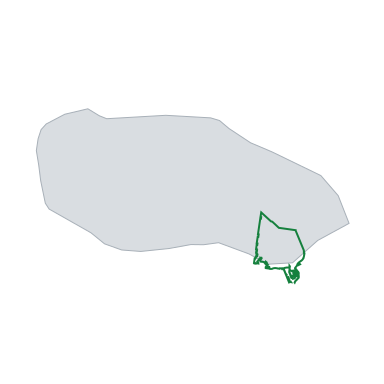 75, Al Khawr, Qatar (highlighted), rotated 98°
{"feature_id": "91078587B7321304158437", "entity_name": "75", "entity_type": "district", "adm_level": 2, "iso_a3": "QAT", "parent_name": "Qatar", "parent_adm1": "Al Khawr", "projection": "natural_earth1", "projection_center": [51.575, 25.836], "detail": "fine", "context": "in_parent", "style": "outline", "palette": "green", "viewbox_px": 384, "rotation_deg": 98, "n_neighbors": 0, "source": "geoboundaries", "source_scale": "gbopen_adm2", "svg_char_len": 5437}
<svg xmlns="http://www.w3.org/2000/svg" viewBox="0 0 384 384"><g transform="rotate(98 192 192)"><path d="M201.9,343.4L186.8,347.5L172.6,351.9L160.7,351.8L151.2,350.1L144.9,345.8L132.7,328.8L124.1,306.7L129.4,294.4L131.3,286.7L119.7,228.6L116.0,183.9L117.4,174.7L124.0,164.2L135.1,140.9L141.1,118.5L157.8,66.7L175.3,46.7L201.2,32.1L222.4,60.7L248.1,82.6L253.0,107.0L245.4,126.9L238.5,158.6L242.6,173.2L244.2,185.8L251.2,207.0L258.0,234.5L259.2,253.6L255.5,271.4L246.5,286.3L228.8,331.1L223.5,335.7L201.9,343.4Z" fill="#d9dde1" stroke="#a8b0b8" stroke-width="1"/><path d="M202.6,120.6L207.3,120.7L207.3,120.0L208.8,120.0L208.8,120.7L224.7,120.8L224.7,120.1L227.2,120.1L227.2,120.7L233.9,120.8L233.9,120.0L235.3,120.0L235.3,120.6L239.6,120.6L239.6,120.0L240.3,120.0L240.4,119.5L241.5,119.5L241.5,120.1L243.3,120.1L243.4,119.5L244.4,119.5L244.4,119.0L244.9,119.0L244.9,118.5L246.4,118.5L246.4,119.2L246.8,119.2L246.8,119.6L248.1,119.6L248.1,120.1L249.2,120.1L249.2,120.7L253.7,120.7L253.7,120.0L254.1,120.0L254.1,119.0L253.6,119.0L253.6,116.4L253.3,116.5L253.1,116.4L252.9,116.5L252.6,116.9L252.6,117.5L252.6,117.9L252.7,118.1L252.2,117.5L251.7,117.4L251.6,117.5L251.3,117.1L250.7,117.0L250.0,116.6L249.4,116.5L249.2,116.2L248.9,115.5L249.0,115.4L249.1,115.6L249.2,115.4L248.9,115.4L247.7,115.3L247.8,115.1L247.6,114.9L247.5,114.6L247.4,114.0L247.4,113.9L247.4,113.6L247.2,113.3L247.5,113.6L247.5,113.2L247.5,113.5L247.7,113.9L248.4,114.0L248.9,114.3L249.0,114.5L248.9,114.8L249.4,115.0L250.4,115.0L251.3,114.6L251.4,114.4L251.2,113.9L251.3,113.6L251.4,113.2L251.4,112.8L251.3,112.6L251.2,112.3L251.4,110.9L251.6,110.6L251.9,110.4L251.9,110.0L252.0,110.0L252.2,109.7L252.3,109.7L252.4,109.4L252.6,109.4L252.7,109.2L252.9,109.2L253.0,108.7L252.9,108.5L252.3,108.3L252.1,108.3L252.2,108.5L251.9,108.6L252.0,108.5L252.0,108.3L251.9,108.4L251.9,108.7L251.7,108.7L251.6,109.3L251.5,109.5L251.2,109.6L251.1,109.4L250.8,109.3L251.0,109.1L251.0,108.8L251.2,108.5L251.5,108.2L252.1,107.9L252.9,108.0L253.0,107.9L253.4,108.1L253.7,107.9L253.8,108.2L254.2,107.8L254.2,107.6L254.4,107.7L254.3,107.3L254.5,107.4L254.7,107.0L254.8,107.0L254.9,106.9L255.0,106.8L254.9,107.0L255.1,107.0L255.1,106.7L255.4,105.1L255.6,105.0L256.2,104.8L256.3,104.9L256.3,105.2L256.5,105.1L256.5,104.9L256.6,105.1L256.9,105.0L256.9,105.5L256.8,106.3L256.7,106.3L256.7,106.6L256.8,106.6L256.8,107.0L256.9,107.3L256.8,107.5L256.6,108.5L256.8,108.5L256.9,107.9L257.1,107.9L257.1,104.9L257.3,104.3L257.2,102.9L256.9,101.9L256.5,101.4L256.0,100.2L255.7,98.9L255.7,97.0L255.8,96.7L255.8,96.2L255.7,95.5L255.7,95.4L255.4,94.7L255.5,94.5L255.4,94.1L255.5,94.1L255.2,93.5L255.2,93.0L255.3,92.6L255.7,92.5L255.8,92.7L255.8,92.4L255.9,92.7L255.9,92.4L255.2,92.5L255.1,91.9L255.3,91.9L255.0,91.8L255.0,91.7L255.0,91.4L254.9,91.3L254.9,90.9L268.0,83.3L267.1,82.0L267.5,81.5L267.5,81.4L267.1,81.8L266.5,81.1L266.9,81.8L267.0,82.1L267.3,82.5L268.0,83.3L267.3,83.7L267.1,83.3L266.2,83.8L265.5,82.6L265.8,83.2L265.5,83.4L265.0,83.7L264.7,83.0L265.3,84.3L265.0,84.5L264.7,83.9L264.8,84.3L264.3,84.6L264.4,84.8L264.0,85.1L263.6,84.3L263.0,84.7L263.3,85.5L263.2,85.5L263.4,85.9L260.8,87.4L260.6,87.0L260.3,87.3L260.4,87.6L254.9,90.7L254.3,89.8L253.6,87.6L253.4,85.9L253.5,85.0L251.5,85.2L251.8,84.9L251.9,85.0L253.4,84.8L251.7,84.9L253.3,84.7L257.8,84.6L261.1,82.7L261.2,82.8L263.2,81.7L263.6,82.4L262.9,80.5L262.7,80.6L263.0,81.3L262.8,81.5L262.7,81.3L262.1,81.7L262.2,81.8L261.5,82.2L260.9,80.9L260.8,81.0L261.4,82.3L257.7,84.4L255.4,84.4L256.5,82.2L256.3,81.9L256.5,81.8L256.4,81.5L256.2,81.7L256.3,81.6L256.2,81.6L256.0,81.3L259.2,79.5L259.4,79.5L259.3,79.4L259.8,79.1L260.3,80.1L259.9,79.0L260.6,78.6L260.9,79.2L261.0,79.2L260.7,78.6L261.5,78.2L263.1,78.4L263.7,79.7L263.8,79.7L263.2,78.3L261.3,78.0L260.7,78.3L260.8,77.9L260.7,78.3L260.4,78.3L260.3,77.9L260.2,78.0L260.4,78.5L260.1,78.7L259.9,78.3L259.9,78.2L259.7,78.2L259.8,78.3L260.0,78.7L259.6,78.9L259.4,78.4L259.3,78.5L259.5,79.0L257.3,80.2L256.6,79.1L255.5,79.9L255.1,79.3L255.3,79.0L256.0,78.4L256.6,78.0L257.0,78.7L257.3,78.6L257.1,78.3L257.4,78.1L257.5,78.1L257.4,78.0L257.7,77.8L257.8,77.8L258.3,78.6L258.3,78.4L258.7,78.1L258.1,77.2L256.5,77.8L256.3,77.6L256.0,77.9L255.9,77.7L256.0,77.6L255.9,77.5L257.1,76.3L257.5,76.7L257.2,76.2L257.8,75.6L258.0,75.6L258.4,75.8L258.5,75.8L259.1,76.1L259.7,76.4L259.8,76.4L259.8,76.6L259.9,76.4L260.4,76.8L260.6,76.7L260.9,76.9L261.0,76.9L261.0,77.2L260.6,76.7L258.0,75.4L259.3,75.1L259.4,75.3L259.5,75.4L259.9,75.9L260.0,75.8L259.9,75.8L259.4,75.2L261.7,74.6L262.0,74.7L264.7,76.4L264.3,77.2L264.8,76.4L265.6,77.1L266.3,77.5L267.3,77.8L267.4,77.7L266.2,77.4L262.2,74.5L261.4,74.4L258.5,75.0L257.4,75.0L257.1,75.2L256.8,75.4L253.5,78.7L253.3,78.9L253.2,79.3L252.8,79.3L250.8,78.1L249.5,77.5L249.8,76.8L249.7,76.7L249.3,76.6L248.8,76.4L249.3,75.0L248.9,76.0L248.6,77.3L248.4,77.2L248.3,77.3L247.8,77.0L247.8,76.9L247.3,76.6L248.1,75.6L248.6,74.9L248.7,75.0L248.7,74.8L249.3,74.4L248.6,74.8L248.1,75.6L247.3,76.6L245.0,74.5L244.9,74.2L244.7,74.1L244.3,73.7L244.0,73.5L243.6,73.2L242.4,72.6L241.8,72.5L241.8,72.4L240.3,72.2L240.2,72.2L238.9,72.2L238.9,71.9L238.9,71.2L238.8,72.1L237.7,72.3L237.6,72.1L237.7,72.3L236.7,72.6L236.7,72.2L236.8,72.4L236.7,72.2L236.4,72.1L236.5,72.1L236.3,72.3L236.4,72.7L235.9,72.8L235.9,72.7L235.9,72.8L235.4,72.8L234.7,73.1L234.3,73.1L215.6,84.1L215.4,84.1L215.4,101.0L210.2,108.4L210.1,109.7L202.6,120.6Z" fill="none" stroke="#15803d" stroke-width="2"/></g></svg>